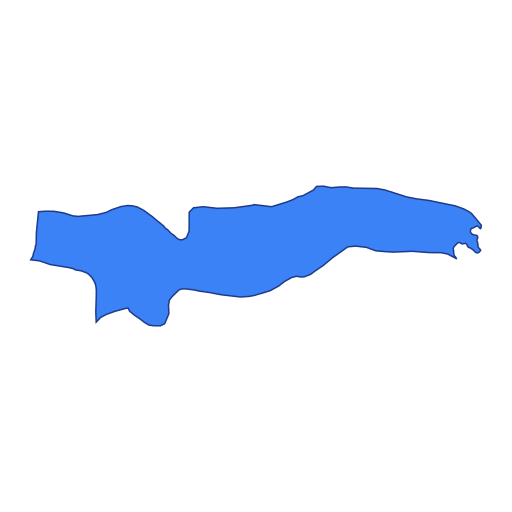 the district of San Juan Ixcoy, Huehuetenango, Guatemala
{"feature_id": "79465075B73654259569509", "entity_name": "San Juan Ixcoy", "entity_type": "district", "adm_level": 2, "iso_a3": "GTM", "parent_name": "Guatemala", "parent_adm1": "Huehuetenango", "projection": "orthographic", "projection_center": [-91.344, 15.641], "detail": "fine", "context": "isolated", "style": "filled", "palette": "blue", "viewbox_px": 512, "rotation_deg": 0, "n_neighbors": 0, "source": "geoboundaries", "source_scale": "gbopen_adm2", "svg_char_len": 2582}
<svg xmlns="http://www.w3.org/2000/svg" viewBox="0 0 512 512"><path d="M456.8,258.9L455.3,256.8L454.3,255.7L454.0,254.7L453.8,253.8L453.5,250.1L453.3,249.3L453.2,248.2L453.7,247.0L457.3,243.2L457.9,242.7L458.9,242.6L459.9,242.6L460.8,243.2L461.7,243.8L462.6,243.9L463.8,243.7L465.4,243.3L466.3,243.9L466.8,244.6L467.4,245.8L467.8,246.7L468.8,247.5L469.9,247.8L470.8,248.3L471.8,249.0L473.0,249.8L474.1,250.8L475.2,252.0L476.4,252.8L477.5,252.9L478.3,252.7L478.9,252.4L479.7,251.5L480.4,250.8L480.6,250.0L479.9,249.1L479.0,248.1L478.4,247.5L478.0,246.2L478.0,245.2L477.8,243.7L477.6,242.5L477.3,241.8L476.9,240.6L477.0,239.6L477.4,238.8L477.7,237.6L477.7,236.8L477.1,235.6L476.3,235.3L475.2,235.1L474.1,234.9L473.1,234.6L471.9,233.9L471.3,233.3L470.5,232.2L470.4,231.0L470.7,229.7L471.0,229.0L471.6,228.3L472.9,228.0L473.7,227.7L475.4,226.7L477.0,225.9L478.0,226.2L479.5,228.0L480.5,228.6L481.1,227.8L481.2,226.8L481.3,225.3L475.8,218.5L471.5,213.5L469.0,211.7L463.7,208.9L455.4,205.9L428.7,200.4L416.8,198.9L406.6,196.9L385.0,190.0L377.0,188.5L353.3,188.1L346.0,186.9L339.2,187.0L331.5,187.7L327.4,187.0L323.8,186.2L316.5,186.4L313.5,190.0L302.9,195.7L297.9,196.8L293.0,199.6L286.8,202.0L271.6,206.7L253.9,204.6L252.9,205.2L234.1,207.8L217.1,208.3L203.2,206.7L193.5,207.8L189.2,212.2L189.1,231.1L186.5,237.7L185.3,238.3L182.6,239.7L179.9,239.8L177.2,238.5L174.0,235.4L170.6,233.0L167.8,229.9L165.3,228.2L163.6,226.0L155.8,219.6L152.5,216.8L143.8,210.4L137.4,207.0L132.7,205.9L127.8,205.5L120.8,206.6L111.5,209.8L106.5,212.3L97.6,214.6L81.2,216.1L78.5,216.4L73.0,215.9L64.0,213.0L54.1,211.3L45.5,211.2L38.5,211.7L36.4,232.3L36.1,244.8L35.4,245.8L35.2,248.5L33.4,253.6L32.9,256.3L30.7,259.8L39.2,260.8L44.1,262.4L45.5,262.9L50.0,264.5L69.4,267.7L73.6,268.8L75.4,269.9L81.1,270.8L83.1,271.6L85.6,272.4L87.3,273.3L88.6,274.2L91.7,277.3L94.3,281.5L95.8,285.4L96.3,289.8L96.3,295.2L95.8,312.2L96.2,322.1L100.7,317.4L106.6,314.3L115.0,311.3L125.2,308.5L128.2,308.1L129.6,311.2L134.5,315.2L139.4,318.5L144.6,322.5L149.0,325.1L154.0,325.8L160.4,325.8L164.7,323.7L168.9,313.6L168.5,305.4L169.3,300.3L171.8,296.9L179.1,289.8L181.9,288.9L186.2,288.9L189.5,289.4L193.3,289.8L199.9,291.2L207.4,292.2L221.5,294.8L240.6,297.0L249.3,296.4L254.0,295.5L265.0,292.3L270.2,290.7L278.7,286.0L284.5,281.5L291.7,277.5L296.3,276.3L301.2,277.0L304.6,276.7L310.5,274.4L315.4,270.8L323.2,265.5L332.7,257.6L347.7,246.9L355.6,246.1L364.2,247.1L366.5,247.4L375.8,250.8L386.1,251.7L393.3,252.1L412.3,251.3L429.5,252.6L441.4,252.7L447.8,254.1L456.8,258.9Z" fill="#3b82f6" stroke="#1e3a8a" stroke-width="1.5"/></svg>